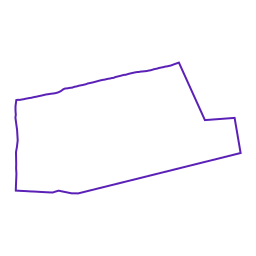 the district of Dumyat Al-Gadida, Dumyat, Egypt
{"feature_id": "37247803B6997097478011", "entity_name": "Dumyat Al-Gadida", "entity_type": "district", "adm_level": 2, "iso_a3": "EGY", "parent_name": "Egypt", "parent_adm1": "Dumyat", "projection": "mercator", "projection_center": [31.676, 31.437], "detail": "fine", "context": "isolated", "style": "outline", "palette": "violet", "viewbox_px": 256, "rotation_deg": 0, "n_neighbors": 0, "source": "geoboundaries", "source_scale": "gbopen_adm2", "svg_char_len": 1340}
<svg xmlns="http://www.w3.org/2000/svg" viewBox="0 0 256 256"><path d="M234.6,117.9L204.9,120.1L178.9,62.6L176.9,63.3L174.6,64.1L170.6,65.6L169.0,65.9L167.5,66.3L165.1,66.6L163.9,67.0L160.4,67.7L158.4,68.1L157.6,68.5L154.0,69.2L153.2,69.5L150.5,70.3L148.5,70.6L146.9,71.0L144.2,71.3L140.6,71.6L138.6,72.0L137.5,72.0L135.5,72.3L132.3,73.0L128.8,73.8L125.2,74.9L124.1,74.8L121.3,75.6L116.9,76.7L115.4,77.0L113.8,77.8L111.4,78.1L110.2,78.5L107.9,78.8L104.7,79.6L102.7,79.9L100.8,80.3L98.0,81.0L95.6,81.7L92.5,82.5L87.7,83.5L85.7,84.3L82.6,85.0L79.0,85.7L76.3,86.5L74.3,86.8L72.3,87.6L69.6,87.9L67.6,88.3L64.8,88.6L63.2,89.3L62.8,89.7L60.5,91.3L58.1,92.4L55.7,93.1L53.3,93.5L50.6,93.8L48.2,94.2L45.9,94.5L43.1,95.2L39.5,96.0L38.0,96.3L36.4,96.7L34.4,97.0L32.8,97.4L31.3,97.8L28.9,98.1L26.9,98.5L25.3,98.8L23.8,99.2L21.8,99.5L19.8,99.9L17.9,99.8L16.3,100.1L15.5,106.2L15.5,110.5L15.8,114.8L15.4,117.6L17.1,130.2L17.4,135.3L17.7,140.4L16.9,147.1L16.0,152.1L16.2,163.9L16.1,168.3L16.4,173.4L16.4,174.3L16.1,182.0L15.9,186.7L15.9,187.9L15.8,189.1L15.8,190.6L21.3,190.9L25.6,191.1L30.3,191.4L35.4,191.6L40.1,191.9L49.5,192.4L52.6,192.5L53.7,192.2L55.4,191.6L56.2,191.4L57.1,191.1L58.6,190.7L60.2,191.0L62.6,191.5L71.5,193.3L74.7,193.3L78.2,193.4L183.2,167.3L201.7,162.7L240.6,153.0L234.6,117.9Z" fill="none" stroke="#5b21b6" stroke-width="2"/></svg>